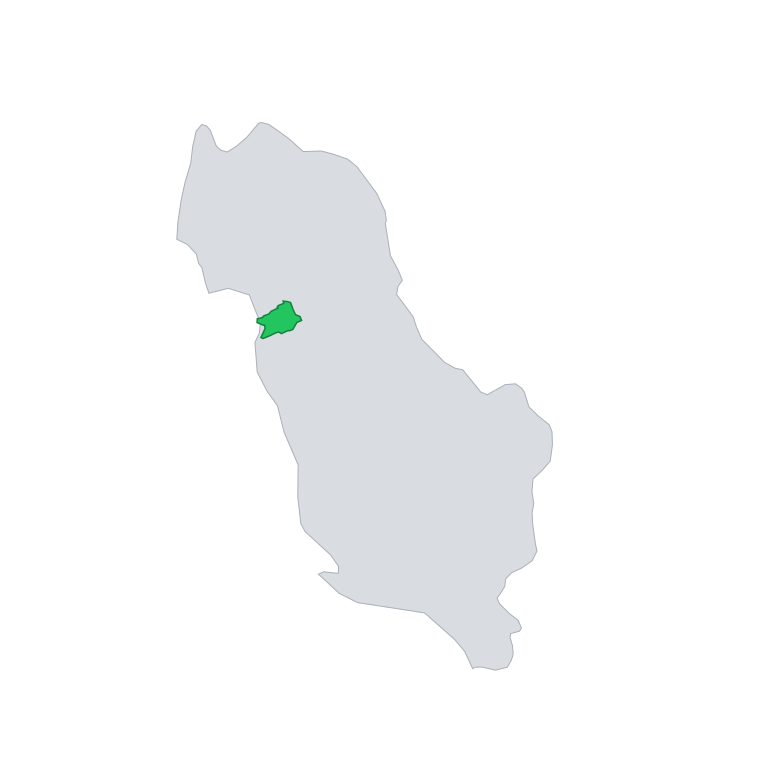 Kurbin, Lezhë, Albania shown in context, rotated 338°
{"feature_id": "67620474B66777869203493", "entity_name": "Kurbin", "entity_type": "district", "adm_level": 2, "iso_a3": "ALB", "parent_name": "Albania", "parent_adm1": "Lezhë", "projection": "equal_earth", "projection_center": [19.688, 41.625], "detail": "fine", "context": "in_parent", "style": "filled", "palette": "green", "viewbox_px": 768, "rotation_deg": 338, "n_neighbors": 0, "source": "geoboundaries", "source_scale": "gbopen_adm2", "svg_char_len": 2002}
<svg xmlns="http://www.w3.org/2000/svg" viewBox="0 0 768 768"><g transform="rotate(338 384 384)"><path d="M255.7,234.3L256.2,224.1L258.7,207.9L257.3,202.6L258.7,193.3L254.0,181.0L246.1,172.2L253.7,156.5L264.8,137.6L275.0,122.6L287.4,107.0L295.7,92.0L304.6,79.2L312.2,75.2L316.0,78.0L318.0,83.6L317.6,100.2L320.2,106.0L325.5,110.2L336.6,108.2L349.0,104.0L365.6,95.2L368.4,95.7L374.6,100.3L387.5,120.5L396.1,138.2L412.9,144.4L422.3,151.3L434.4,161.8L440.3,172.4L448.7,204.8L449.7,224.4L447.4,233.3L445.3,235.7L438.0,267.6L439.8,283.9L439.8,294.7L433.4,298.9L429.2,305.7L436.2,332.4L435.4,343.8L435.8,356.8L448.3,386.7L455.7,395.9L462.3,400.3L470.8,427.9L475.8,432.6L496.1,430.0L506.1,433.1L510.1,439.6L511.1,444.1L509.8,459.5L515.0,471.4L521.9,483.7L521.9,491.2L517.4,503.4L509.3,517.7L498.5,523.2L486.6,527.9L480.9,539.0L478.1,550.8L472.8,559.6L469.5,569.2L464.5,588.9L463.4,596.0L455.3,603.3L442.8,606.2L431.5,606.8L423.9,610.2L420.1,616.9L412.9,622.3L408.6,624.8L408.7,630.7L413.9,643.3L419.9,653.5L420.0,661.6L417.1,663.9L407.9,662.9L406.0,665.9L405.0,675.0L402.6,682.8L398.8,687.6L392.2,692.8L380.2,691.1L368.9,683.2L362.9,680.8L359.6,681.1L358.6,662.0L353.7,647.1L335.8,611.4L277.6,576.8L263.9,561.2L257.9,548.2L252.0,535.8L257.7,535.5L263.4,538.6L270.7,542.4L273.6,536.2L270.5,522.7L255.6,491.3L254.5,482.6L261.8,456.3L274.1,426.9L273.3,391.2L277.1,364.3L272.9,346.9L270.9,325.5L279.9,297.2L287.5,290.1L292.2,281.2L292.5,251.0L275.4,236.9L255.7,234.3Z" fill="#d9dde1" stroke="#a8b0b8" stroke-width="1"/><path d="M291.0,276.0L289.3,279.5L294.2,284.4L295.3,284.7L294.6,287.9L287.3,294.8L288.8,296.5L296.2,296.5L301.9,296.1L305.6,296.2L307.8,298.9L315.0,298.5L316.1,299.2L319.9,299.3L326.2,294.3L331.4,294.2L331.4,290.0L327.9,286.5L327.7,283.3L327.6,282.4L327.7,278.8L327.9,273.5L325.5,271.5L321.5,269.3L321.2,271.7L315.2,271.6L314.9,272.5L313.8,272.7L314.2,273.8L306.5,274.3L303.6,275.9L297.6,275.8L296.6,276.8L293.1,276.5L291.0,276.0Z" fill="#22c55e" stroke="#15803d" stroke-width="1.5"/></g></svg>